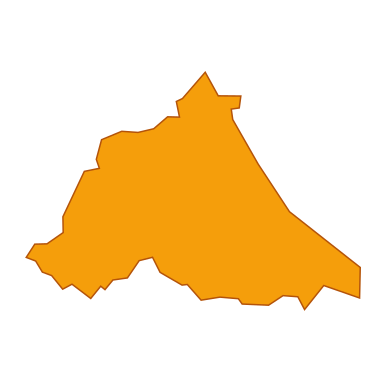 the district of Taylor, Kentucky, United States of America, rotated 179°
{"feature_id": "52423323B50418861880933", "entity_name": "Taylor", "entity_type": "district", "adm_level": 2, "iso_a3": "USA", "parent_name": "United States of America", "parent_adm1": "Kentucky", "projection": "orthographic", "projection_center": [-85.294, 37.338], "detail": "fine", "context": "isolated", "style": "filled", "palette": "amber", "viewbox_px": 384, "rotation_deg": 179, "n_neighbors": 0, "source": "geoboundaries", "source_scale": "gbopen_adm2", "svg_char_len": 760}
<svg xmlns="http://www.w3.org/2000/svg" viewBox="0 0 384 384"><g transform="rotate(179 192 192)"><path d="M102.8,86.8L88.0,85.4L81.5,72.5L61.9,96.2L26.3,83.1L25.1,113.6L94.9,170.6L125.4,218.8L150.0,263.7L151.3,274.2L143.3,275.2L141.5,287.1L164.1,287.7L176.7,311.5L199.9,285.6L206.1,282.8L203.2,267.1L215.1,267.6L229.2,255.9L244.9,252.5L261.2,253.9L281.5,245.9L287.1,226.3L284.2,217.3L299.3,214.5L321.5,169.5L321.5,153.7L337.9,142.7L350.1,142.6L358.9,129.5L349.5,125.7L343.0,114.5L333.8,110.9L323.0,97.1L313.6,101.9L295.1,87.3L284.9,99.4L280.7,95.9L272.6,105.4L258.1,107.2L246.0,124.3L232.6,127.4L225.3,112.2L203.6,99.1L198.3,99.6L184.8,83.7L165.9,86.4L147.5,84.5L143.8,79.1L117.4,77.5L102.8,86.8Z" fill="#f59e0b" stroke="#b45309" stroke-width="1.5"/></g></svg>